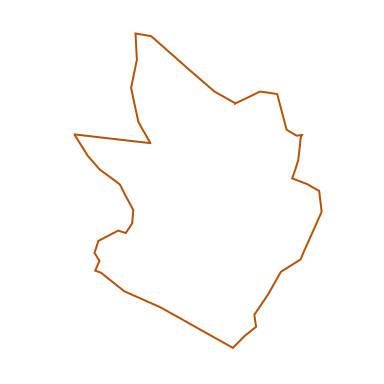 the district of Jihanah, Sana'a, Yemen, rotated 198°
{"feature_id": "15242507B2838826249504", "entity_name": "Jihanah", "entity_type": "district", "adm_level": 2, "iso_a3": "YEM", "parent_name": "Yemen", "parent_adm1": "Sana'a", "projection": "orthographic", "projection_center": [44.505, 15.192], "detail": "fine", "context": "isolated", "style": "outline", "palette": "amber", "viewbox_px": 384, "rotation_deg": 198, "n_neighbors": 0, "source": "geoboundaries", "source_scale": "gbopen_adm2", "svg_char_len": 1749}
<svg xmlns="http://www.w3.org/2000/svg" viewBox="0 0 384 384"><g transform="rotate(198 192 192)"><path d="M294.7,325.3L285.3,300.8L284.6,294.6L283.9,288.5L282.7,277.6L282.1,272.2L281.2,270.7L275.6,260.9L264.6,242.0L258.3,236.2L248.0,226.9L247.1,226.0L246.9,225.9L246.8,225.6L280.7,218.7L283.1,218.2L321.4,210.5L321.4,210.3L321.3,210.1L319.9,208.9L302.4,194.3L289.3,186.4L286.6,184.8L280.5,182.8L272.6,180.2L262.9,176.9L255.7,169.6L251.8,165.8L246.2,160.5L242.2,156.6L239.9,146.7L239.2,143.6L242.3,132.5L250.2,132.5L253.8,128.9L259.0,123.6L261.0,121.6L265.9,116.6L265.9,112.0L265.9,108.7L265.9,105.3L265.9,103.9L264.6,102.9L258.7,97.9L259.8,87.3L253.5,87.1L243.3,83.2L233.9,79.7L225.8,76.7L225.0,76.6L215.4,75.6L199.6,73.9L185.7,72.5L185.5,72.4L173.9,70.1L163.6,68.1L151.8,65.7L150.7,65.5L145.2,64.4L128.3,61.0L104.9,56.4L102.4,61.4L97.5,71.3L95.9,73.7L93.8,76.9L93.7,77.1L89.7,83.1L89.6,83.3L89.4,83.6L89.8,84.5L90.6,86.0L94.8,94.5L91.4,106.3L88.6,116.0L88.1,117.7L87.0,122.9L84.1,137.2L83.3,141.1L82.7,143.6L82.3,144.2L67.9,161.4L67.1,171.2L66.6,175.1L63.9,200.5L63.7,202.6L62.6,213.2L64.9,218.3L71.4,232.3L71.5,232.4L73.3,232.7L78.3,233.7L82.6,234.6L84.8,235.1L91.2,235.4L100.1,235.9L100.9,235.9L100.9,236.0L100.9,236.6L100.7,247.0L100.8,252.0L100.8,252.4L100.8,255.1L101.2,257.0L102.0,261.1L103.7,269.5L104.6,273.3L105.1,275.7L105.5,278.0L105.4,278.4L105.3,279.2L105.1,279.7L105.0,280.2L105.3,280.1L107.1,279.2L107.9,278.8L109.9,277.9L112.2,278.4L113.2,278.6L121.2,280.4L121.6,281.0L134.0,300.2L136.5,304.1L140.6,310.4L140.8,310.7L141.3,311.5L155.4,309.1L158.4,308.5L178.0,289.7L178.0,289.8L182.4,290.6L186.4,291.4L201.7,294.5L212.9,299.2L227.6,305.4L231.7,307.1L279.0,327.6L294.7,325.3Z" fill="none" stroke="#b45309" stroke-width="2"/></g></svg>